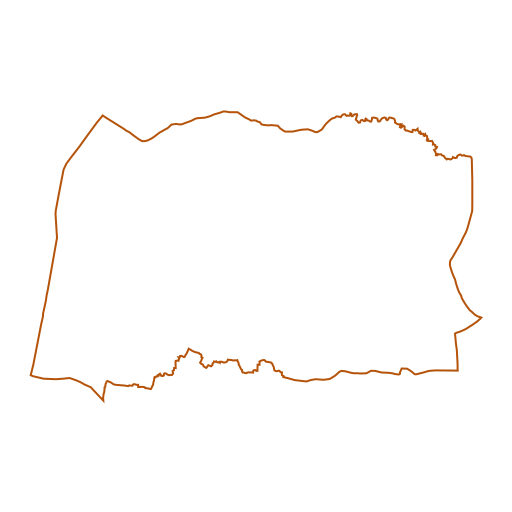 the district of Bati, Takêv, Cambodia
{"feature_id": "14789045B57652846304947", "entity_name": "Bati", "entity_type": "district", "adm_level": 2, "iso_a3": "KHM", "parent_name": "Cambodia", "parent_adm1": "Takêv", "projection": "mercator", "projection_center": [104.831, 11.274], "detail": "fine", "context": "isolated", "style": "outline", "palette": "amber", "viewbox_px": 512, "rotation_deg": 0, "n_neighbors": 0, "source": "geoboundaries", "source_scale": "gbopen_adm2", "svg_char_len": 6099}
<svg xmlns="http://www.w3.org/2000/svg" viewBox="0 0 512 512"><path d="M30.7,375.2L33.0,376.2L43.6,378.7L55.9,379.2L63.2,378.7L69.6,378.0L75.9,380.2L80.5,382.2L84.7,384.6L90.7,387.2L103.3,400.6L103.1,397.8L103.6,393.9L104.1,392.6L104.4,390.9L104.4,389.7L104.6,388.4L104.5,387.4L105.3,386.7L105.4,385.0L105.7,383.7L106.2,382.9L106.6,381.5L107.5,381.0L111.2,382.6L112.8,383.8L114.0,384.5L115.7,384.8L120.2,385.2L124.1,385.5L128.3,386.1L129.2,385.4L131.4,385.7L132.5,385.7L133.0,384.6L134.2,384.1L137.2,385.0L138.1,384.8L138.3,385.8L138.2,387.0L139.9,387.0L142.1,386.8L144.7,387.2L145.3,388.2L146.6,388.1L150.8,389.1L151.8,387.3L152.3,386.1L152.9,385.2L153.2,384.1L153.3,382.9L153.5,381.9L154.0,380.7L154.3,378.0L154.6,377.1L155.6,377.3L156.3,376.4L157.5,376.4L157.7,375.3L158.7,375.6L159.0,374.4L160.0,373.7L160.6,374.5L161.3,375.9L163.0,376.0L163.9,375.4L163.8,374.1L164.5,373.3L166.3,373.6L167.0,374.4L168.0,374.8L168.9,375.2L170.4,374.9L171.9,375.0L172.7,374.2L173.2,373.0L172.7,372.1L172.7,370.8L173.9,370.2L174.1,368.0L175.7,368.1L175.5,361.9L175.7,360.9L176.7,360.8L177.6,360.5L178.5,360.8L179.1,358.4L178.5,357.3L179.7,357.4L180.1,356.0L181.7,355.9L182.8,356.5L184.0,357.1L184.9,356.6L185.4,355.2L186.7,353.3L187.3,352.1L188.7,348.7L191.5,350.3L192.4,351.0L195.4,352.2L198.8,352.9L199.4,353.8L201.1,354.5L201.5,355.8L201.4,357.2L202.5,357.8L201.9,358.8L201.2,360.8L200.1,362.7L201.1,363.8L202.0,364.1L203.0,364.7L203.4,365.9L204.1,366.7L206.2,367.9L207.1,367.0L207.5,366.1L208.3,365.2L211.1,366.3L212.5,365.0L212.4,364.1L212.9,363.1L213.7,362.5L214.0,361.5L215.3,361.8L216.2,361.3L217.0,362.2L218.0,362.5L218.9,362.1L219.9,362.8L220.1,361.7L222.1,361.8L223.4,362.5L224.5,362.5L225.7,362.3L226.7,361.8L227.5,360.8L227.9,359.6L230.6,360.0L231.6,360.0L232.7,360.5L233.7,360.3L236.1,360.4L237.3,360.1L237.7,361.2L238.6,363.1L238.6,364.3L239.1,365.1L241.1,369.3L241.9,369.8L242.1,371.4L242.7,372.5L243.7,372.5L245.0,373.0L246.1,373.2L247.9,372.4L251.3,372.4L253.1,372.6L253.3,370.6L254.1,370.1L255.2,370.1L256.3,370.9L257.4,370.9L257.6,364.7L259.5,364.8L259.6,362.7L259.4,361.6L260.9,360.7L261.8,360.5L262.8,360.1L264.3,360.0L265.1,360.7L265.8,361.6L270.7,362.4L272.3,363.7L272.5,364.6L273.7,366.9L274.4,370.4L276.3,371.2L277.3,371.1L278.5,370.7L279.5,370.8L280.1,371.7L281.0,372.4L282.0,372.4L281.8,374.1L282.0,375.2L283.7,376.2L283.4,377.1L288.4,378.3L294.7,380.1L305.0,381.3L306.8,381.4L310.5,380.1L315.6,379.2L323.7,379.8L329.9,378.9L334.8,375.9L339.6,371.7L341.5,370.9L345.4,371.3L351.9,373.0L354.7,373.3L356.4,373.2L360.8,373.5L366.4,373.3L371.0,370.8L375.1,370.9L381.6,372.5L388.7,372.8L392.3,373.3L395.2,374.1L398.8,374.5L399.9,373.9L400.0,372.3L401.7,368.5L407.1,368.7L411.1,371.2L414.7,374.2L416.2,374.3L423.0,372.6L428.9,370.9L435.4,370.4L457.7,370.6L457.6,369.6L457.6,365.4L457.4,360.6L456.8,349.9L455.9,343.2L455.4,337.6L455.0,333.6L456.4,332.8L460.1,331.6L465.5,329.2L472.1,325.0L477.0,321.6L480.3,318.7L481.3,317.6L477.3,316.2L474.6,314.5L472.1,312.1L469.7,310.1L466.8,306.3L464.5,302.8L461.8,298.1L461.1,295.6L458.8,291.6L457.6,288.4L456.2,284.0L455.0,279.3L453.6,276.4L451.9,272.0L450.5,267.5L449.9,265.0L450.0,262.1L450.5,260.3L452.4,257.5L460.8,242.9L463.0,237.8L465.3,233.6L466.7,230.4L468.0,226.4L472.2,211.0L472.3,203.9L472.3,180.4L471.8,159.6L471.4,157.6L470.4,156.6L465.4,156.0L464.0,155.1L462.5,155.7L461.3,155.2L460.4,154.5L459.4,154.8L458.1,155.4L457.1,156.3L456.9,157.6L455.4,158.1L454.0,157.7L453.0,157.1L452.7,158.1L451.8,158.8L450.4,159.5L449.0,159.0L447.5,158.8L446.8,159.4L446.0,158.7L445.1,158.1L444.0,156.1L441.9,155.3L441.3,154.4L439.9,154.3L438.8,154.5L437.9,154.0L437.1,155.3L435.9,155.2L436.1,153.9L435.6,152.8L435.4,151.8L434.6,150.9L434.1,149.9L435.3,149.3L436.4,148.3L437.0,146.9L435.3,146.5L435.2,145.0L434.3,144.5L432.9,144.6L433.1,143.0L432.1,140.9L430.1,141.2L428.8,140.9L427.4,140.9L426.8,140.1L428.0,139.1L427.2,138.5L427.1,136.2L426.1,135.4L425.0,135.8L425.0,134.2L423.6,135.3L423.2,133.8L420.8,134.0L419.7,133.3L420.7,132.6L420.2,131.7L419.5,132.3L418.4,131.3L417.7,130.4L417.6,128.8L415.5,130.5L414.3,129.8L412.7,129.9L412.4,132.1L411.2,132.0L408.4,131.1L407.0,130.5L405.9,130.6L404.6,129.4L404.6,127.8L404.7,126.7L403.5,125.7L401.0,127.7L399.9,127.2L400.2,126.0L401.3,125.3L401.7,124.3L400.1,124.1L398.9,124.4L397.8,124.3L395.0,122.5L395.1,121.0L394.3,119.0L393.5,118.4L392.4,118.2L390.5,117.6L389.5,117.6L388.5,118.4L388.2,119.5L387.2,120.2L386.2,119.6L385.8,117.9L384.6,117.5L382.7,118.0L381.7,118.7L380.6,120.1L379.8,121.4L378.3,121.5L377.6,120.1L377.6,119.1L376.9,118.3L373.5,117.5L372.1,117.9L371.9,119.6L371.5,120.8L371.0,121.7L369.8,121.4L368.7,120.6L367.2,120.3L366.5,119.0L365.6,118.6L365.2,119.6L365.3,120.9L364.2,121.2L362.2,119.9L361.1,120.2L360.4,121.1L360.0,122.5L358.6,122.7L357.8,121.7L356.7,120.4L355.8,119.7L356.0,118.6L356.5,117.6L356.7,116.4L357.2,115.1L357.0,114.2L355.2,114.2L354.2,114.5L352.7,116.1L351.7,116.1L351.5,115.2L351.3,113.8L350.4,113.3L350.0,115.2L349.2,115.8L347.8,115.5L346.6,115.9L344.9,114.2L343.0,114.5L341.7,115.7L340.7,117.2L339.2,116.7L336.5,116.4L334.6,117.8L332.3,118.4L330.0,120.0L326.9,122.9L325.5,124.4L321.8,129.5L317.5,132.1L315.4,132.1L311.4,130.4L307.7,129.3L301.8,129.7L298.6,130.3L293.2,131.5L289.8,131.6L285.3,131.6L283.6,130.8L280.1,128.3L277.8,125.7L270.9,125.1L268.2,125.4L263.0,124.8L261.4,124.3L259.9,122.2L257.3,121.5L256.4,120.7L254.1,120.3L251.0,120.6L249.4,119.5L245.0,117.4L237.7,112.3L236.4,112.2L229.3,112.2L226.2,111.6L223.7,111.4L219.2,113.0L215.4,114.0L212.6,115.0L210.9,115.9L207.3,117.0L204.6,117.7L197.4,118.2L195.6,118.6L191.3,120.8L184.9,123.1L181.9,124.3L179.4,124.4L175.9,123.9L171.5,124.6L169.6,126.3L168.9,127.1L166.9,128.6L164.4,129.8L162.5,131.0L159.7,132.5L153.8,137.0L151.3,138.6L149.0,139.8L147.2,140.6L144.6,141.1L142.0,141.1L138.4,139.0L132.8,134.9L129.2,132.1L126.5,130.8L123.9,128.9L105.4,117.3L102.7,115.5L96.7,122.8L86.2,137.1L79.4,146.6L70.8,157.7L66.4,163.6L63.6,169.5L58.6,195.3L55.8,210.5L55.5,213.7L57.0,237.9L47.8,289.9L46.6,295.5L45.9,300.6L43.0,314.0L43.0,316.3L41.2,324.1L33.4,364.3L30.7,375.2Z" fill="none" stroke="#b45309" stroke-width="2"/></svg>